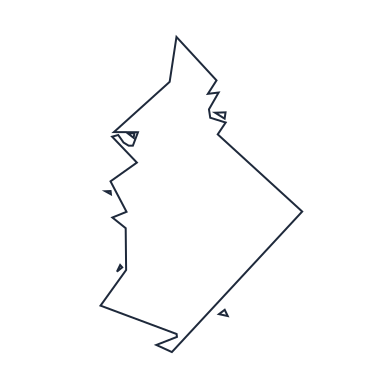 outline of Greenland, rotated 172°
{"feature_id": "GRL", "entity_name": "Greenland", "entity_type": "country or territory", "adm_level": 0, "iso_a3": "GRL", "parent_name": "North America", "parent_adm1": "", "projection": "mercator", "projection_center": [-41.68, 71.708], "detail": "coarse", "context": "isolated", "style": "outline", "palette": "slate", "viewbox_px": 384, "rotation_deg": 172, "n_neighbors": 0, "source": "natural_earth", "source_scale": "50m", "svg_char_len": 748}
<svg xmlns="http://www.w3.org/2000/svg" viewBox="0 0 384 384"><g transform="rotate(172 192 192)"><path d="M234.2,36.3L248.6,45.5L227.1,50.6L227.0,53.5L298.4,92.2L268.1,123.9L262.7,165.4L274.4,177.8L259.6,181.5L271.2,213.9L242.5,228.8L263.4,257.9L257.1,258.7L252.9,250.5L248.3,246.7L244.1,246.1L237.2,258.7L261.0,262.2L198.8,304.2L185.8,347.7L152.2,299.1L162.6,287.0L151.8,286.8L163.7,271.5L163.6,263.0L149.0,256.1L158.5,245.5L85.6,157.3L234.2,36.3ZM149.5,260.1L158.1,267.3L147.7,266.2L149.5,260.1ZM242.3,253.8L247.1,258.7L240.8,258.3L242.3,253.8ZM182.3,67.3L176.0,70.8L173.9,64.2L182.3,67.3ZM277.4,123.6L273.3,129.7L271.6,127.1L277.4,123.6ZM272.6,201.0L277.7,204.8L272.5,204.3L272.6,201.0Z" fill="none" stroke="#1e293b" stroke-width="2"/></g></svg>